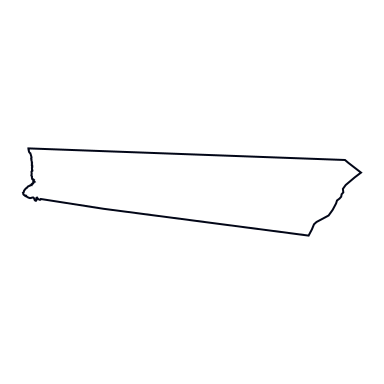 Ngerkesou, Ngchesar, Palau, rotated 180°
{"feature_id": "81905179B7495119160888", "entity_name": "Ngerkesou", "entity_type": "district", "adm_level": 2, "iso_a3": "PLW", "parent_name": "Palau", "parent_adm1": "Ngchesar", "projection": "orthographic", "projection_center": [134.602, 7.464], "detail": "fine", "context": "isolated", "style": "outline", "palette": "ink", "viewbox_px": 384, "rotation_deg": 180, "n_neighbors": 0, "source": "geoboundaries", "source_scale": "gbopen_adm2", "svg_char_len": 2175}
<svg xmlns="http://www.w3.org/2000/svg" viewBox="0 0 384 384"><g transform="rotate(180 192 192)"><path d="M39.0,224.0L355.6,235.6L355.6,235.2L355.5,234.7L355.4,234.4L355.2,234.0L355.3,233.7L355.2,233.5L355.2,233.1L355.0,232.5L354.9,232.1L354.7,231.7L354.1,231.0L353.7,230.8L353.3,229.6L353.1,228.9L353.0,228.3L352.9,228.2L352.7,227.6L352.6,227.3L352.6,226.8L352.5,226.4L352.7,226.2L352.8,225.8L352.6,225.7L352.6,225.1L352.7,224.5L352.5,224.3L352.6,223.8L352.4,223.1L352.2,222.2L352.0,221.8L352.2,221.5L352.2,221.4L352.2,221.0L352.0,220.7L352.1,220.4L352.1,220.1L352.1,219.9L352.2,219.0L351.9,218.8L352.0,218.4L351.7,218.1L351.7,217.8L352.0,217.7L351.9,217.1L351.7,217.0L351.7,216.8L352.1,216.2L352.0,214.9L351.9,214.8L351.9,214.3L352.0,214.2L352.0,213.7L351.8,213.6L352.0,213.3L351.8,213.0L352.5,212.3L352.4,210.6L352.3,210.3L352.5,209.3L352.4,209.3L352.4,209.0L352.5,209.0L352.6,208.4L352.3,208.0L352.3,207.8L352.0,207.4L352.1,206.6L351.9,205.4L351.7,204.8L351.5,204.7L351.2,204.5L350.9,204.7L350.6,204.6L350.4,204.4L350.6,204.3L350.7,203.1L350.4,203.0L350.0,202.8L349.7,202.7L349.5,202.4L350.2,202.3L350.3,202.2L350.4,201.8L350.2,201.7L350.3,201.6L350.5,201.6L350.8,201.5L350.8,201.4L350.6,201.2L350.6,200.9L350.8,200.7L351.1,200.5L351.1,200.4L351.3,200.2L351.7,200.3L351.8,200.2L352.0,200.2L352.3,199.9L352.1,199.4L352.2,199.2L352.5,199.5L352.8,199.1L353.2,198.8L353.6,198.8L353.9,198.4L354.6,198.2L354.9,198.0L355.9,197.6L356.5,197.0L356.8,196.4L357.5,196.1L358.3,195.3L359.0,194.6L359.1,194.3L359.5,193.9L359.9,193.4L360.3,191.8L361.0,191.2L360.7,190.6L360.6,189.6L360.1,189.1L359.5,188.7L359.1,188.7L358.8,188.4L358.1,188.3L358.3,187.8L357.5,187.5L356.2,186.7L355.3,186.3L354.0,185.9L352.8,186.1L351.6,186.5L350.7,186.5L350.3,186.1L349.7,185.3L349.5,184.3L349.0,183.6L348.1,183.2L347.6,183.7L347.5,185.6L347.6,186.0L347.0,186.4L346.7,186.0L346.2,185.4L345.8,184.9L344.2,184.2L343.6,184.3L343.2,185.0L280.4,175.2L75.4,148.4L72.1,154.6L70.0,159.7L67.5,162.0L55.4,168.5L51.3,174.2L47.9,180.6L47.0,183.5L44.5,185.4L42.8,187.3L42.4,189.7L40.7,191.6L41.1,195.1L38.3,199.0L29.3,206.6L23.0,211.4L35.7,221.2L39.0,224.0Z" fill="none" stroke="#020617" stroke-width="2"/></g></svg>